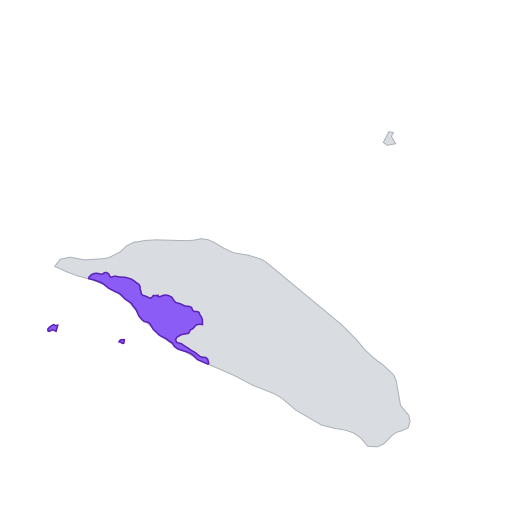 Taiwan, with Taitung highlighted, rotated 105°
{"feature_id": "TWN-1177", "entity_name": "Taitung", "entity_type": "County", "adm_level": 1, "iso_a3": "TWN", "parent_name": "Taiwan", "parent_adm1": "", "projection": "equal_earth", "projection_center": [121.163, 22.723], "detail": "fine", "context": "in_parent", "style": "filled", "palette": "violet", "viewbox_px": 512, "rotation_deg": 105, "n_neighbors": 0, "source": "natural_earth", "source_scale": "10m", "svg_char_len": 2924}
<svg xmlns="http://www.w3.org/2000/svg" viewBox="0 0 512 512"><g transform="rotate(105 256 256)"><path d="M332.6,367.7L327.3,381.2L323.1,395.5L321.3,408.9L321.4,422.8L320.2,435.3L318.1,447.7L309.8,444.2L305.2,435.3L304.2,420.7L298.2,403.1L296.0,398.1L287.3,388.3L279.4,383.4L273.3,376.1L274.1,376.7L269.6,366.9L266.2,356.5L259.2,327.1L256.7,319.9L253.5,313.4L252.6,307.0L253.7,299.9L256.8,289.2L258.7,278.4L257.2,263.8L257.8,249.4L260.1,243.0L300.4,155.1L311.3,136.5L318.0,127.3L323.6,117.0L328.9,103.9L335.4,92.0L340.1,88.3L363.0,77.7L370.1,67.4L375.9,64.3L382.4,64.5L386.6,69.3L390.3,75.1L394.2,78.2L404.4,83.9L408.9,89.3L410.9,98.7L404.7,107.7L401.7,115.7L401.1,124.6L402.2,136.7L402.4,148.8L394.7,177.2L386.4,194.9L384.2,203.7L381.7,225.6L376.8,247.6L372.7,275.6L365.9,304.4L362.0,316.5L357.2,328.0L345.7,349.8L332.6,367.7ZM111.4,150.2L115.0,157.7L113.4,162.4L101.7,159.9L101.1,155.3L105.5,156.2L111.4,150.2Z" fill="#d9dde1" stroke="#a8b0b8" stroke-width="1"/><path d="M372.9,274.3L371.4,284.9L370.7,286.8L368.4,290.6L367.5,292.5L366.8,295.0L366.4,299.6L366.4,303.6L366.1,307.5L364.5,311.5L363.8,312.3L362.3,313.7L361.6,314.6L361.3,315.5L360.7,317.9L359.2,321.2L358.2,326.5L357.5,328.9L354.2,334.8L353.8,335.9L349.2,340.6L348.2,342.2L348.0,343.2L348.2,345.8L348.2,346.9L347.8,348.2L347.1,349.6L345.5,352.0L344.0,353.8L338.7,358.1L335.2,362.9L334.4,363.5L333.7,364.6L332.0,370.0L331.1,372.0L328.5,376.1L327.4,378.5L326.8,383.5L325.2,390.2L322.1,397.0L321.7,399.3L321.1,405.8L321.2,411.7L319.7,411.9L316.4,410.0L314.9,408.0L313.9,405.6L313.7,403.1L313.7,400.8L312.7,399.0L311.6,398.4L310.7,396.8L310.9,394.9L311.6,393.4L313.3,392.1L314.1,390.5L312.6,388.3L311.8,386.3L311.8,384.1L311.4,381.2L310.8,378.8L310.4,376.2L310.6,370.2L311.6,367.2L312.8,364.5L313.6,361.9L315.4,360.1L317.9,359.4L319.4,358.3L322.6,356.7L323.3,354.7L323.3,352.6L324.2,347.0L322.4,345.6L320.7,345.0L320.4,343.1L319.3,340.4L320.6,340.2L320.2,338.3L318.2,335.7L317.2,333.8L316.8,330.6L317.5,326.7L320.3,323.7L321.7,321.4L321.7,316.9L322.7,311.6L322.0,307.6L322.3,304.9L324.7,303.3L325.6,301.3L324.9,298.9L325.1,296.6L327.7,294.6L329.0,293.0L331.1,291.4L336.1,289.9L336.5,292.8L338.1,296.1L340.7,297.2L342.7,298.3L344.3,300.3L346.3,300.6L348.2,301.2L351.2,307.6L355.0,311.5L357.7,312.0L359.8,310.5L360.1,308.0L360.0,305.3L361.0,302.9L362.6,297.6L363.8,294.5L364.6,291.1L365.5,288.5L366.5,286.4L367.7,283.7L367.5,280.9L367.0,278.2L368.2,276.0L371.7,273.9L372.9,274.3ZM380.2,433.9L381.7,435.4L382.4,436.4L382.3,437.5L380.5,438.2L378.1,437.0L375.9,435.1L374.6,433.6L375.0,432.5L375.0,431.4L374.6,430.5L374.1,429.6L380.5,429.6L380.5,430.3L380.3,430.8L380.0,431.8L379.9,432.9L380.2,433.9ZM371.3,363.3L370.9,361.6L371.1,361.4L374.3,361.1L374.7,361.3L374.9,362.1L374.7,363.7L374.4,364.3L374.3,365.0L374.4,365.7L374.4,366.1L374.1,366.0L373.5,366.0L373.3,365.9L373.1,365.7L372.2,365.3L371.3,363.3Z" fill="#8b5cf6" stroke="#5b21b6" stroke-width="1.5"/></g></svg>